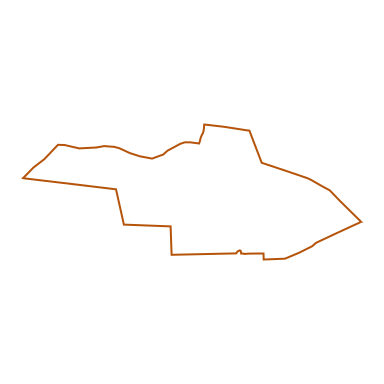 Barbar, River Nile, Sudan
{"feature_id": "16777658B59808076214537", "entity_name": "Barbar", "entity_type": "district", "adm_level": 2, "iso_a3": "SDN", "parent_name": "Sudan", "parent_adm1": "River Nile", "projection": "mercator", "projection_center": [33.64, 18.168], "detail": "fine", "context": "isolated", "style": "outline", "palette": "amber", "viewbox_px": 384, "rotation_deg": 0, "n_neighbors": 0, "source": "geoboundaries", "source_scale": "gbopen_adm2", "svg_char_len": 1119}
<svg xmlns="http://www.w3.org/2000/svg" viewBox="0 0 384 384"><path d="M105.5,146.1L104.1,146.1L96.4,147.5L79.2,148.4L75.3,147.5L64.5,145.0L60.2,144.9L58.0,144.8L52.0,151.1L48.8,154.5L46.1,157.3L44.1,159.4L43.9,159.5L33.6,167.4L29.9,171.2L23.1,178.1L24.7,178.4L43.2,180.6L116.0,189.3L123.9,224.6L170.6,226.4L171.6,254.8L217.2,253.8L236.1,253.4L237.5,251.5L239.8,250.4L240.6,250.8L241.0,252.4L241.2,253.6L242.3,253.5L243.6,253.7L244.1,253.7L244.8,254.0L245.8,253.8L248.9,253.6L263.5,253.5L263.7,259.5L284.9,258.7L294.0,254.9L298.8,252.9L312.2,246.2L316.1,242.8L335.0,233.9L354.5,224.9L357.0,223.8L360.0,222.4L360.9,221.7L361.0,221.7L340.1,201.1L329.8,190.4L328.2,189.5L323.1,186.8L310.7,179.7L307.7,178.3L284.3,170.3L261.7,162.8L249.4,130.6L246.4,130.3L244.1,129.9L223.5,126.7L222.4,126.6L204.3,124.5L204.1,125.4L204.1,126.8L203.6,130.8L202.8,133.4L201.8,135.0L200.4,138.7L200.3,139.5L200.0,140.9L199.7,141.6L199.1,143.5L190.2,142.3L184.8,142.3L180.1,143.9L167.5,150.7L163.3,154.5L152.1,158.6L139.9,156.3L129.9,153.1L119.3,148.2L114.0,146.8L106.3,146.3L105.5,146.1Z" fill="none" stroke="#b45309" stroke-width="2"/></svg>